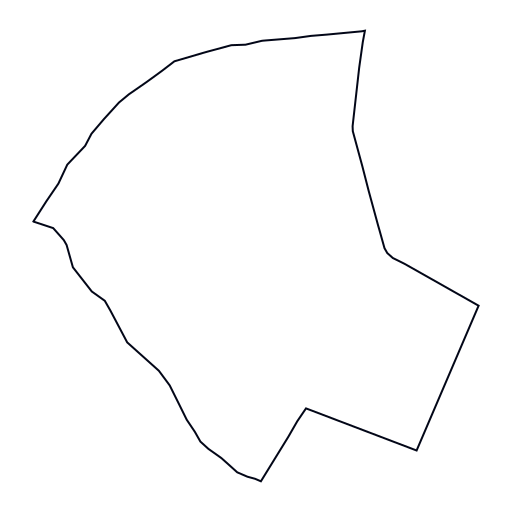 outline of Tiba police station, Qina, Egypt
{"feature_id": "37247803B46763181924450", "entity_name": "Tiba police station", "entity_type": "district", "adm_level": 2, "iso_a3": "EGY", "parent_name": "Egypt", "parent_adm1": "Qina", "projection": "mercator", "projection_center": [32.702, 25.738], "detail": "fine", "context": "isolated", "style": "outline", "palette": "ink", "viewbox_px": 512, "rotation_deg": 0, "n_neighbors": 0, "source": "geoboundaries", "source_scale": "gbopen_adm2", "svg_char_len": 914}
<svg xmlns="http://www.w3.org/2000/svg" viewBox="0 0 512 512"><path d="M260.9,481.3L288.2,437.0L297.3,421.2L306.0,408.4L416.6,450.5L478.6,305.7L404.5,263.8L398.5,260.8L392.8,258.0L392.6,257.8L387.3,253.1L384.5,248.2L379.5,230.3L378.2,225.8L368.7,191.0L362.3,166.1L352.8,131.2L352.6,126.2L359.2,67.6L362.8,42.0L364.9,30.7L361.8,31.3L326.8,34.6L310.9,35.9L295.0,38.1L263.8,40.6L261.9,40.8L245.5,44.7L231.3,45.2L207.3,51.7L203.4,52.8L174.4,61.3L161.9,70.9L146.5,82.1L128.9,94.3L119.0,102.5L109.2,113.3L104.0,119.0L91.5,133.7L85.1,145.9L67.3,164.6L58.4,183.6L46.4,201.2L33.4,221.5L33.5,221.6L53.2,228.1L63.8,240.1L66.6,245.0L72.9,267.3L91.8,291.5L104.8,300.8L106.7,304.1L110.4,310.6L127.2,342.4L137.8,351.9L158.9,370.8L169.7,385.4L179.3,404.7L186.7,419.7L194.9,431.9L200.4,441.6L208.3,448.8L221.4,458.1L231.9,467.5L237.2,472.3L247.4,476.7L255.1,478.8L260.9,481.3Z" fill="none" stroke="#020617" stroke-width="2"/></svg>